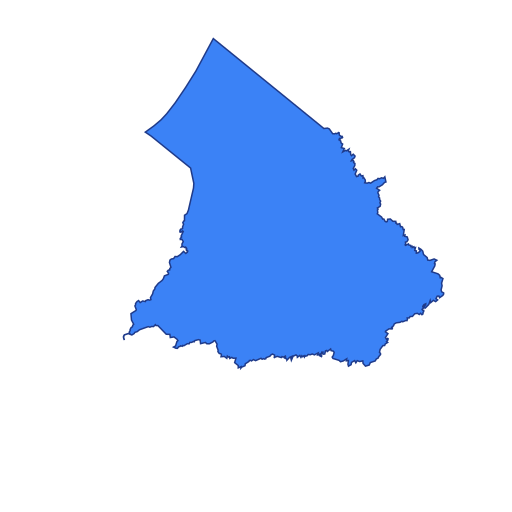 the district of Karongi, Western, Rwanda, rotated 39°
{"feature_id": "39286606B2179123121438", "entity_name": "Karongi", "entity_type": "district", "adm_level": 2, "iso_a3": "RWA", "parent_name": "Rwanda", "parent_adm1": "Western", "projection": "equal_earth", "projection_center": [29.451, -2.174], "detail": "fine", "context": "isolated", "style": "filled", "palette": "blue", "viewbox_px": 512, "rotation_deg": 39, "n_neighbors": 0, "source": "geoboundaries", "source_scale": "gbopen_adm2", "svg_char_len": 6161}
<svg xmlns="http://www.w3.org/2000/svg" viewBox="0 0 512 512"><g transform="rotate(39 256 256)"><path d="M380.3,287.2L386.3,284.8L388.2,285.0L389.9,282.6L391.2,278.8L392.2,280.6L393.6,279.1L395.6,282.3L397.2,283.4L398.3,280.6L397.2,278.6L398.5,275.2L400.8,276.2L400.5,273.6L403.0,272.8L405.0,270.3L406.8,272.1L410.4,272.7L412.6,269.5L411.9,266.9L414.7,262.5L414.3,260.4L415.2,258.2L414.7,257.2L414.8,254.2L414.0,253.3L412.6,253.2L411.2,250.4L411.0,245.8L412.3,244.6L411.8,243.0L412.7,240.3L411.3,240.4L411.4,238.5L410.8,237.2L410.2,237.2L409.8,238.6L407.9,237.9L407.4,233.3L404.3,233.5L404.0,232.9L405.2,228.9L407.7,227.0L407.4,226.2L406.5,226.5L406.4,225.8L406.8,223.7L406.2,221.8L407.1,219.6L409.6,217.0L410.5,214.9L411.4,214.8L413.0,211.9L414.0,211.2L413.5,209.8L412.5,209.0L414.1,207.6L413.8,206.1L415.6,204.5L415.7,201.0L417.5,199.0L419.7,198.7L419.9,197.0L421.9,197.2L422.2,195.9L421.4,194.9L421.3,193.7L420.6,192.7L419.8,193.3L418.6,192.9L418.9,191.3L417.3,190.2L417.1,188.1L418.0,186.3L418.5,187.1L418.6,190.0L419.2,190.5L420.3,190.0L420.8,184.9L419.4,181.0L421.1,182.3L421.8,178.8L424.3,178.4L424.8,175.8L422.7,175.9L422.1,173.2L423.4,172.0L424.9,172.9L426.0,169.1L425.8,167.5L425.1,166.6L422.8,167.0L421.2,165.9L419.4,162.1L417.3,160.3L415.5,155.9L413.1,156.2L412.9,156.9L410.9,155.4L408.7,155.3L402.4,157.7L401.2,151.2L400.2,149.4L399.5,149.6L398.7,148.0L399.2,145.5L396.3,146.2L393.9,150.0L392.0,151.1L390.0,149.5L385.3,149.4L382.5,147.3L380.1,147.0L377.6,147.3L378.4,148.2L379.8,148.2L380.5,149.2L379.8,151.8L378.8,152.9L377.4,151.1L375.9,151.8L374.6,149.1L374.0,150.0L372.9,149.4L372.1,151.1L371.1,150.2L370.4,151.2L369.6,150.4L367.8,151.3L366.9,150.7L365.5,153.6L364.9,153.5L364.9,152.6L363.4,151.2L364.3,149.9L364.0,147.7L361.5,146.0L359.2,147.1L358.5,145.9L357.6,147.4L354.5,142.1L353.7,142.8L351.9,141.4L350.8,141.4L349.9,142.3L347.3,140.4L345.9,142.6L344.5,142.0L344.0,142.4L342.8,141.1L340.5,142.9L337.1,142.7L335.2,144.6L336.3,146.6L335.7,147.6L334.4,147.8L332.1,146.8L331.2,147.6L329.1,146.7L323.7,146.9L323.3,145.6L321.4,143.8L321.4,142.8L320.1,142.3L321.2,139.3L320.2,137.2L318.8,136.7L318.3,134.9L316.5,134.3L315.5,133.1L314.0,132.9L313.4,131.4L310.9,130.2L310.4,129.0L310.7,127.1L307.1,127.5L307.0,125.6L308.0,125.0L309.4,121.2L309.6,117.9L310.4,116.7L306.3,113.4L306.2,115.4L304.4,116.2L303.3,118.3L302.0,118.9L302.0,120.6L300.6,122.8L299.2,127.3L297.5,127.8L296.6,129.4L294.4,130.7L294.0,129.1L292.9,128.1L290.4,127.3L290.1,128.0L288.5,126.3L287.5,127.5L285.2,126.8L284.6,128.8L285.1,129.7L284.2,131.0L281.5,129.9L280.3,125.9L278.3,125.7L278.1,127.6L276.5,126.8L275.8,123.4L274.6,121.8L273.1,122.0L272.6,120.9L271.3,120.6L270.2,122.0L269.9,120.4L270.7,117.7L270.1,116.0L267.5,115.7L267.1,117.9L265.8,117.6L263.7,115.5L262.9,116.5L261.7,116.3L261.0,114.5L260.1,117.4L259.1,117.6L257.9,120.5L257.0,116.9L254.1,118.1L252.9,114.5L251.0,114.6L249.4,113.3L247.4,113.5L246.9,112.1L247.9,111.9L248.0,110.1L248.6,110.0L248.7,109.4L247.7,108.8L246.8,109.5L244.7,109.6L243.0,107.9L242.3,108.2L242.4,109.0L241.5,110.4L240.8,110.4L240.1,111.7L238.6,112.7L233.0,111.1L231.1,111.6L228.5,114.2L86.0,113.9L92.9,150.1L95.2,169.1L96.8,187.8L97.1,201.7L96.5,210.1L94.7,219.5L92.0,229.4L99.0,228.8L149.8,228.8L162.0,238.7L164.7,242.6L174.6,262.9L175.7,266.5L174.8,269.3L178.2,273.6L177.8,274.4L178.2,276.2L179.7,276.8L180.7,279.8L181.5,280.5L181.4,281.7L180.6,282.4L180.7,283.8L181.7,285.2L182.4,284.9L182.3,284.1L183.4,284.0L183.1,282.8L184.0,282.7L185.3,287.7L186.2,288.0L186.1,290.1L186.8,290.8L188.0,289.7L190.4,290.6L190.9,293.3L192.1,294.6L192.3,296.0L193.5,294.5L195.8,294.1L195.8,293.4L197.3,293.7L197.7,294.8L198.5,294.9L198.5,296.0L199.0,294.9L199.9,295.1L200.3,296.3L199.8,298.2L196.8,298.0L196.3,302.7L195.2,306.1L193.4,307.3L193.6,309.9L192.1,311.6L191.7,313.3L192.8,315.5L197.0,318.3L196.9,319.9L197.7,321.2L196.8,322.1L196.7,323.8L198.8,324.4L199.4,325.4L197.3,329.1L198.3,331.9L198.4,334.1L197.3,338.7L197.3,344.0L198.1,345.2L198.2,347.8L199.5,350.5L200.2,354.8L201.8,356.0L201.1,357.3L199.6,357.9L198.4,360.0L198.7,361.0L196.2,362.3L195.3,365.1L192.8,364.5L192.2,366.3L192.3,368.7L193.2,369.8L193.3,371.0L196.7,373.0L197.0,373.9L195.1,379.5L199.5,384.1L203.9,386.0L203.8,387.4L204.5,388.8L204.0,390.2L204.4,392.3L205.1,393.0L205.4,395.0L207.1,395.8L205.4,396.8L203.3,400.1L203.4,401.0L203.7,402.0L204.4,402.8L205.6,403.7L206.6,404.1L204.3,402.5L203.4,400.6L203.7,399.7L205.6,396.7L209.2,395.5L210.1,392.9L209.9,391.6L211.3,389.5L211.9,386.6L216.7,378.7L218.3,378.1L219.2,376.5L220.8,375.3L221.0,372.7L222.0,373.0L223.6,371.8L235.5,373.3L238.4,371.1L240.7,373.3L243.2,370.5L247.1,370.4L248.6,370.9L248.4,372.3L250.1,376.5L249.2,378.7L251.8,378.1L253.1,377.2L253.0,375.2L253.9,374.1L253.9,373.2L255.5,372.6L255.4,371.5L256.4,371.2L257.8,367.4L259.3,366.3L258.9,364.9L260.4,363.6L261.1,361.8L261.9,361.7L261.7,360.2L263.9,357.2L265.5,356.5L268.1,359.0L271.1,355.0L272.9,355.2L275.0,353.6L276.6,349.9L276.7,348.4L277.4,347.6L281.2,349.0L282.2,350.9L285.8,353.0L286.6,354.3L288.8,354.9L290.2,354.1L291.3,354.5L292.2,356.3L294.6,354.0L297.7,353.9L296.7,351.8L298.2,351.9L298.8,351.0L300.1,352.1L301.0,350.0L302.5,349.9L304.7,348.0L306.5,352.3L311.1,352.3L312.6,354.1L314.0,351.4L314.8,352.6L314.9,351.2L316.5,348.2L315.5,346.5L316.9,342.4L316.6,341.4L317.3,340.6L318.5,340.4L319.2,338.1L321.5,337.6L324.3,332.3L325.7,332.4L326.5,331.0L327.6,330.7L328.3,329.6L327.8,328.6L329.9,325.1L329.9,323.3L330.5,321.8L332.8,321.3L334.4,323.9L334.2,323.0L335.7,320.6L339.6,319.0L339.5,317.8L340.8,317.5L341.7,315.6L342.4,317.0L342.8,316.3L343.2,317.0L345.0,316.8L345.6,317.5L345.9,313.6L347.0,311.5L347.4,313.5L349.1,314.8L347.9,310.6L349.3,307.7L350.7,307.6L351.9,308.7L352.6,305.7L354.7,306.5L354.4,304.7L355.5,305.0L356.0,303.5L357.2,304.1L356.9,302.6L357.5,302.7L358.5,301.4L358.5,299.7L360.3,298.6L361.4,296.7L363.6,296.1L365.3,292.2L366.1,294.1L367.2,292.2L367.9,293.5L370.2,293.0L370.0,292.3L368.8,292.2L367.6,289.3L368.6,288.6L368.9,290.0L369.9,290.1L371.1,288.9L369.7,286.0L370.4,284.9L371.5,285.4L372.5,281.3L373.9,282.3L375.9,281.3L377.4,281.7L378.7,284.7L378.8,286.6L380.3,287.2Z" fill="#3b82f6" stroke="#1e3a8a" stroke-width="1.5"/></g></svg>